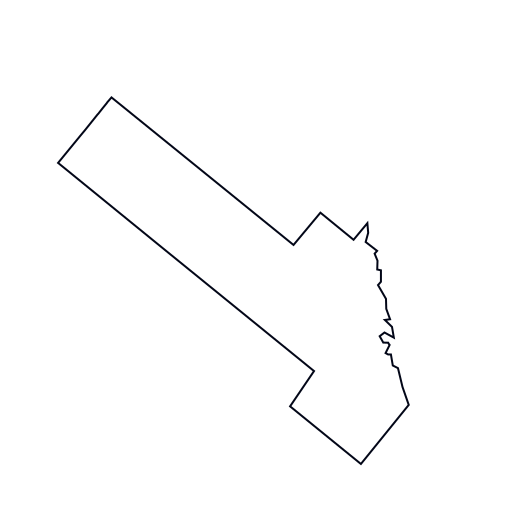 Yellow Medicine, Minnesota, United States of America, rotated 39°
{"feature_id": "52423323B81974861469446", "entity_name": "Yellow Medicine", "entity_type": "district", "adm_level": 2, "iso_a3": "USA", "parent_name": "United States of America", "parent_adm1": "Minnesota", "projection": "robinson", "projection_center": [-95.786, 44.739], "detail": "fine", "context": "isolated", "style": "outline", "palette": "ink", "viewbox_px": 512, "rotation_deg": 39, "n_neighbors": 0, "source": "geoboundaries", "source_scale": "gbopen_adm2", "svg_char_len": 754}
<svg xmlns="http://www.w3.org/2000/svg" viewBox="0 0 512 512"><g transform="rotate(39 256 256)"><path d="M43.6,308.2L183.2,308.6L373.5,308.9L377.1,351.4L468.4,351.6L468.4,275.6L452.3,265.6L436.9,253.8L431.2,255.0L422.8,247.6L420.6,249.4L417.8,249.9L415.8,241.0L415.6,240.9L414.8,240.8L414.1,240.6L413.6,240.4L413.3,240.2L409.4,243.2L402.6,240.5L404.0,234.6L414.5,232.7L406.3,225.5L396.4,224.6L400.0,220.8L390.5,215.1L384.0,207.5L369.1,201.8L369.3,197.4L362.1,188.5L358.7,190.2L353.4,183.2L346.7,179.5L346.9,175.8L332.4,176.1L328.6,167.4L321.9,160.4L321.6,182.0L278.8,181.8L278.2,223.8L43.9,223.7L43.8,227.5L43.7,230.1L43.8,231.0L43.8,237.9L43.9,244.9L43.8,245.5L43.9,266.0L43.8,273.4L43.6,308.2Z" fill="none" stroke="#020617" stroke-width="2"/></g></svg>